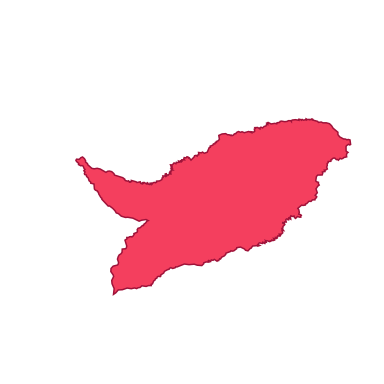 Popayán, Cauca, Colombia, rotated 120°
{"feature_id": "7082276B86437588749871", "entity_name": "Popayán", "entity_type": "district", "adm_level": 2, "iso_a3": "COL", "parent_name": "Colombia", "parent_adm1": "Cauca", "projection": "equal_earth", "projection_center": [-76.57, 2.442], "detail": "fine", "context": "isolated", "style": "filled", "palette": "rose", "viewbox_px": 384, "rotation_deg": 120, "n_neighbors": 0, "source": "geoboundaries", "source_scale": "gbopen_adm2", "svg_char_len": 5968}
<svg xmlns="http://www.w3.org/2000/svg" viewBox="0 0 384 384"><g transform="rotate(120 192 192)"><path d="M186.2,93.7L185.4,93.7L185.6,94.6L184.9,95.4L183.8,93.6L182.0,93.0L180.2,94.9L179.6,93.4L178.5,95.9L177.7,95.3L176.4,96.0L173.8,95.3L173.4,95.9L173.6,97.9L173.1,98.1L172.7,96.4L171.6,96.9L170.9,95.4L169.2,96.9L168.1,96.7L167.7,96.0L168.1,95.0L167.8,94.4L166.3,95.1L166.2,92.9L165.4,93.5L165.1,94.7L164.2,94.1L163.2,94.4L162.9,92.7L161.8,91.6L162.9,90.5L163.1,89.1L160.5,88.4L159.9,85.9L159.3,85.2L158.6,85.8L157.6,85.6L157.3,86.5L157.8,88.5L156.1,88.8L154.0,90.6L153.3,92.2L148.6,90.5L148.1,89.1L146.6,87.3L145.7,87.7L144.6,86.8L141.6,86.1L140.6,84.2L138.6,83.8L137.3,81.6L136.1,82.0L134.7,81.4L133.6,81.7L133.3,83.7L130.0,83.1L127.3,86.2L124.1,86.0L122.4,85.3L121.5,86.8L120.4,87.3L120.8,89.2L120.5,90.4L116.4,92.0L114.5,91.6L112.2,87.8L110.5,88.1L109.5,89.1L107.8,87.1L106.9,88.3L106.4,87.4L104.4,86.3L103.0,87.9L101.3,88.1L99.8,89.2L98.5,88.7L97.5,89.3L96.0,87.1L94.5,87.7L94.1,87.1L93.0,87.2L92.0,86.5L91.2,85.3L91.8,83.2L91.1,82.3L91.3,81.1L88.8,80.6L88.7,79.2L87.5,78.1L86.3,77.8L84.2,75.6L82.7,76.8L80.9,77.2L79.7,76.7L79.5,79.0L75.7,81.3L74.7,81.4L72.5,80.4L72.4,78.9L71.5,78.4L67.9,81.2L68.4,83.0L69.3,83.9L69.5,85.8L70.3,87.3L70.4,91.7L69.3,94.4L67.3,95.5L66.2,101.7L64.8,104.3L64.1,107.1L64.9,110.2L66.6,113.1L66.8,115.1L68.5,117.3L68.0,118.5L69.4,123.7L68.7,123.7L68.7,124.7L70.6,126.0L70.5,126.9L71.5,128.0L71.6,129.8L72.6,129.2L72.7,130.0L74.0,131.2L74.1,132.9L75.1,133.1L74.9,134.0L75.5,135.9L76.1,136.0L76.5,135.4L77.6,138.5L79.5,141.1L80.4,141.6L81.3,141.1L80.9,142.2L82.1,144.3L83.2,144.8L84.7,146.8L85.9,150.0L86.8,151.0L87.9,150.9L89.5,153.0L90.5,152.7L91.2,154.7L93.5,157.5L93.7,160.9L94.9,161.7L95.0,160.5L95.5,160.7L95.8,160.2L96.3,161.2L97.9,161.0L99.1,162.3L101.2,162.9L101.4,164.7L102.9,165.5L102.9,164.9L103.4,164.7L103.3,167.4L104.8,169.7L105.3,168.9L106.4,169.5L107.9,168.1L109.3,168.5L110.2,170.8L110.8,170.1L111.2,173.1L114.5,176.4L114.8,178.8L116.0,179.7L116.4,182.0L118.2,183.2L119.5,183.2L120.5,184.4L122.0,184.6L122.9,185.2L123.1,186.6L123.7,186.5L123.9,188.6L124.7,190.0L124.6,192.0L126.7,195.0L129.6,197.1L132.7,194.6L134.8,195.1L136.1,196.2L136.9,195.6L137.6,196.6L138.9,196.3L139.6,197.5L141.0,197.4L143.2,199.2L144.1,198.5L145.0,199.3L149.9,198.7L152.3,200.7L152.2,202.9L153.4,203.5L154.5,206.1L156.3,204.8L157.2,205.6L158.4,205.5L158.2,206.8L159.3,207.9L160.6,207.7L164.9,208.8L163.7,211.5L164.3,212.0L163.7,212.7L164.0,214.0L165.5,214.3L166.1,216.0L167.4,215.7L167.9,214.6L169.2,216.9L169.7,216.5L170.3,217.2L170.6,216.1L171.5,216.4L171.9,219.0L172.7,218.1L173.9,219.6L174.1,220.4L175.5,220.1L175.8,222.1L178.4,222.6L179.2,224.2L180.2,223.0L179.8,222.3L180.1,221.7L180.4,221.6L180.7,222.6L181.7,221.9L181.7,221.1L182.3,221.6L182.6,219.7L183.3,220.9L184.1,220.4L184.8,221.2L186.0,221.2L185.7,220.2L186.4,219.7L186.6,220.5L187.1,219.7L187.4,220.7L189.4,221.1L189.6,222.9L189.0,223.4L189.7,224.2L190.8,223.7L190.5,222.8L190.9,222.0L191.8,222.4L191.7,223.5L192.7,225.3L193.9,224.3L194.7,224.9L196.3,224.3L198.6,225.6L200.3,228.1L201.1,227.6L202.2,228.2L202.2,228.9L203.3,230.3L205.4,230.6L204.5,231.5L205.4,232.7L206.1,231.9L206.6,232.1L207.3,234.7L206.4,234.6L206.3,235.4L207.8,235.6L207.6,238.1L208.4,239.3L209.3,239.7L209.3,238.7L209.8,239.0L210.1,240.5L209.8,240.6L209.7,241.7L209.1,242.0L211.3,244.4L211.1,245.5L212.3,250.3L213.3,249.7L214.2,251.1L214.6,250.7L214.8,251.1L214.0,252.5L214.8,253.2L215.4,255.4L214.8,256.9L214.5,256.8L214.2,259.1L216.1,267.6L215.1,268.8L214.5,271.7L215.2,274.1L216.3,275.5L218.0,276.3L218.0,283.0L218.9,286.0L220.8,288.3L221.6,290.6L220.5,295.9L219.6,296.8L219.3,299.1L218.1,299.8L216.9,301.8L216.4,304.3L217.8,305.4L220.1,306.0L221.3,308.4L222.6,308.4L223.3,307.3L223.9,304.4L225.0,304.0L224.9,301.4L224.1,300.5L224.0,299.2L225.6,297.2L225.9,296.0L227.7,296.3L228.1,294.7L229.7,294.5L230.5,293.7L230.1,292.0L231.3,291.0L231.7,288.9L233.7,286.8L234.1,284.7L235.0,284.1L234.1,280.9L238.2,278.0L238.7,276.6L238.4,274.5L239.0,274.0L239.0,273.0L240.3,271.8L242.4,268.1L242.5,267.0L243.4,266.4L246.1,257.5L245.3,256.5L245.8,252.4L246.7,249.4L248.0,247.1L247.5,244.9L248.3,241.2L247.3,236.9L246.0,235.0L244.2,230.1L243.7,223.2L241.6,221.5L238.8,218.0L238.7,215.7L239.7,216.5L242.1,216.7L243.7,217.5L245.3,217.3L245.8,218.2L248.8,219.0L250.4,220.6L252.2,220.6L252.9,219.7L254.5,219.5L257.0,221.5L257.4,220.9L260.2,221.1L261.0,221.7L261.0,222.4L262.2,223.9L263.1,224.1L264.0,225.7L265.1,224.9L267.2,226.0L271.4,221.5L273.3,220.9L274.3,221.1L276.3,223.9L279.3,222.4L281.3,222.7L282.8,223.6L284.7,223.6L287.4,223.0L289.7,220.4L291.6,219.8L292.5,220.0L295.6,223.2L298.7,223.9L301.5,222.5L303.2,218.8L304.4,217.6L308.7,217.3L311.4,215.4L314.6,211.1L319.9,208.8L317.4,207.6L313.7,206.9L311.4,203.4L307.6,200.1L306.1,196.2L303.9,193.9L303.3,191.6L302.1,191.0L300.6,189.2L298.3,188.5L296.7,184.5L294.9,183.0L293.4,180.5L292.4,181.2L291.4,180.3L288.2,180.7L286.7,180.0L285.3,180.3L284.4,179.4L282.6,179.6L281.4,178.3L281.3,177.3L280.4,177.0L279.5,177.6L276.3,176.0L274.5,176.2L271.4,174.3L270.4,173.2L269.5,173.3L268.1,172.5L267.9,170.5L266.0,168.7L264.9,168.7L264.5,167.6L258.2,162.6L256.4,158.2L253.4,154.0L252.8,150.9L250.8,146.7L248.3,146.0L247.5,146.4L245.6,144.9L244.3,142.4L243.4,143.5L242.9,143.3L242.9,141.1L241.2,141.3L240.6,139.6L239.2,139.0L239.4,135.7L238.5,135.5L238.1,134.6L236.0,134.7L235.8,133.8L233.6,133.7L231.1,132.0L229.1,131.6L228.0,132.0L224.4,129.0L223.4,128.9L223.2,127.7L222.1,126.4L218.8,125.0L217.8,125.4L215.4,122.4L215.1,118.0L215.7,116.6L215.0,114.1L211.7,113.3L211.1,112.7L208.5,112.5L206.1,109.1L206.0,108.0L204.4,106.6L204.6,108.7L202.4,108.3L201.4,105.3L200.0,105.5L200.4,103.8L200.1,103.1L198.9,103.8L198.4,102.6L197.4,103.9L197.4,103.1L196.7,102.8L196.2,99.9L195.3,99.3L195.7,100.3L194.8,99.2L193.7,98.9L193.6,97.6L192.4,96.5L191.4,98.1L190.7,96.2L189.7,95.4L189.4,96.7L188.4,95.4L187.0,95.7L186.2,93.7Z" fill="#f43f5e" stroke="#9f1239" stroke-width="1.5"/></g></svg>